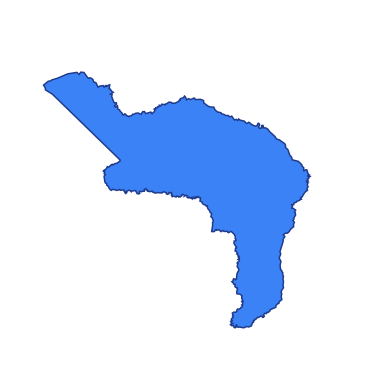 the district of San Alberto, Cesar, Colombia, rotated 256°
{"feature_id": "7082276B88825999787077", "entity_name": "San Alberto", "entity_type": "district", "adm_level": 2, "iso_a3": "COL", "parent_name": "Colombia", "parent_adm1": "Cesar", "projection": "albers", "projection_center": [-73.5, 7.834], "detail": "fine", "context": "isolated", "style": "filled", "palette": "blue", "viewbox_px": 384, "rotation_deg": 256, "n_neighbors": 0, "source": "geoboundaries", "source_scale": "gbopen_adm2", "svg_char_len": 6044}
<svg xmlns="http://www.w3.org/2000/svg" viewBox="0 0 384 384"><g transform="rotate(256 192 192)"><path d="M282.3,197.1L282.9,194.1L283.9,193.7L284.8,191.3L283.7,188.7L283.8,187.6L283.2,187.2L284.5,183.9L283.1,182.2L284.1,181.2L282.8,180.3L283.0,179.1L282.1,178.5L282.5,177.2L281.6,176.9L281.8,175.5L281.3,175.3L280.9,176.1L279.2,175.0L277.7,172.2L279.5,171.4L279.3,166.0L281.6,165.3L281.8,163.5L279.7,161.3L281.7,158.8L282.0,156.2L281.4,153.9L281.8,153.3L280.6,151.6L280.8,149.9L280.4,148.8L281.4,148.1L281.6,147.2L283.8,146.2L284.1,145.3L283.1,144.3L284.2,143.3L285.9,143.1L287.5,141.9L289.2,141.6L290.3,140.2L293.6,140.5L292.8,138.7L293.9,137.6L294.6,137.9L295.2,139.7L296.3,140.2L297.0,140.0L297.1,138.6L297.9,137.9L304.1,137.2L305.8,138.0L306.6,136.6L307.8,139.7L308.8,138.7L312.0,137.3L312.2,136.6L315.9,138.1L315.9,136.7L315.0,134.8L315.2,134.3L316.0,134.5L316.2,133.9L315.0,132.1L316.7,131.6L317.1,128.2L316.5,126.2L321.3,125.2L322.8,123.1L324.7,123.2L326.5,122.1L327.5,120.6L327.4,119.3L328.3,118.4L334.1,116.1L335.2,113.0L333.3,111.0L335.9,109.2L336.7,100.2L334.9,88.6L334.7,83.4L333.9,81.1L334.3,79.5L331.6,73.8L328.6,74.8L326.5,74.5L320.7,80.2L240.4,130.0L239.4,129.5L238.0,125.8L238.3,124.3L237.5,122.5L238.0,121.5L238.7,121.6L237.5,120.9L237.9,120.2L236.3,117.2L237.1,116.0L235.3,114.5L234.4,112.2L233.7,112.2L234.1,111.4L233.8,111.0L232.4,112.1L231.0,111.2L229.9,112.2L228.6,110.5L223.0,109.9L221.6,110.2L221.0,111.2L219.1,111.0L218.2,111.9L214.5,112.9L213.1,114.2L213.8,115.9L211.7,119.5L211.9,122.3L211.0,122.8L210.7,125.6L210.0,126.7L209.1,126.4L208.7,127.1L207.6,126.7L207.5,127.3L206.6,127.5L207.4,128.7L208.4,128.8L209.0,130.9L208.2,132.5L206.9,133.1L207.5,133.8L207.0,137.6L203.8,138.3L203.1,139.5L203.2,140.9L204.5,140.7L205.3,141.5L204.4,143.2L204.8,143.9L204.3,145.9L205.0,146.6L205.9,146.3L206.5,148.1L204.0,148.9L204.6,150.2L203.8,149.1L203.4,149.3L202.4,151.6L202.6,153.4L201.8,153.6L200.8,154.5L200.8,155.4L199.8,156.0L199.8,158.2L198.3,162.6L199.0,164.1L198.8,165.1L197.6,166.9L196.4,166.7L195.7,167.5L195.8,169.0L197.0,169.5L196.3,170.7L196.6,171.8L195.0,172.1L194.1,171.2L192.3,171.7L192.8,172.5L191.0,175.4L191.6,176.1L191.3,177.3L190.4,177.8L190.6,178.9L190.1,179.2L190.8,181.3L191.8,181.5L191.8,183.0L190.4,183.9L189.8,183.5L190.2,185.7L189.3,186.2L188.5,186.0L188.7,186.8L187.5,186.6L187.0,187.5L187.4,188.0L186.2,189.5L186.8,189.9L186.5,190.7L185.2,190.7L185.6,191.4L185.1,193.0L186.4,192.7L185.8,193.6L186.2,194.6L185.5,194.7L186.3,195.6L185.4,196.1L185.9,197.4L184.6,197.7L184.2,198.9L181.3,197.5L180.2,199.0L178.3,199.4L176.8,200.6L176.7,201.3L175.2,202.2L174.9,203.5L174.3,203.1L171.6,203.5L169.3,204.7L168.0,204.6L166.1,205.8L163.5,204.3L162.1,205.3L158.6,205.7L157.5,204.6L154.8,204.0L148.9,201.5L148.2,203.8L149.7,206.2L148.9,206.3L148.9,208.9L146.5,210.6L147.2,212.7L146.0,213.5L145.2,216.9L144.2,217.0L143.7,217.7L144.3,220.0L144.0,220.7L140.4,222.9L138.1,223.2L136.3,222.6L134.7,223.2L133.8,221.9L134.2,221.1L132.8,220.5L131.8,220.3L127.7,221.7L127.4,221.2L127.0,221.5L126.4,220.4L124.3,219.6L123.6,220.7L121.9,221.1L121.2,220.6L121.2,221.2L119.1,221.2L118.2,222.1L117.4,222.1L117.5,221.2L116.3,221.6L115.6,220.6L115.5,221.7L114.1,221.3L112.2,218.6L111.5,219.3L109.0,217.8L107.6,218.0L107.2,218.6L104.8,218.5L101.9,215.9L96.7,214.0L96.3,213.1L97.0,212.8L97.7,211.3L95.5,209.9L95.3,209.0L93.7,210.1L92.6,210.1L91.9,211.6L90.3,210.8L89.1,211.1L88.2,212.6L87.4,212.2L86.7,212.7L84.4,211.2L82.3,211.0L81.4,213.6L79.5,215.3L77.1,214.6L73.8,215.0L74.1,214.2L73.6,213.7L73.1,214.5L71.1,214.1L70.4,212.9L69.7,213.6L68.3,212.8L68.3,211.9L66.8,209.8L67.4,208.0L66.8,207.0L65.3,206.6L64.8,205.4L65.3,203.4L64.7,201.8L62.6,202.1L62.2,201.4L60.4,201.8L60.1,200.5L59.1,199.5L58.5,199.6L58.2,199.1L57.4,199.8L56.8,198.4L56.3,199.1L55.4,198.6L54.7,199.3L54.9,198.2L54.0,198.2L53.8,197.3L52.6,198.3L52.3,199.9L50.5,200.1L49.9,200.7L50.0,201.8L52.1,202.4L52.3,203.1L51.8,203.3L50.6,202.8L49.5,204.3L49.6,205.2L48.0,208.6L47.7,210.1L48.3,212.2L47.3,214.5L47.7,217.2L50.7,219.2L50.7,220.1L52.4,220.6L52.2,221.6L53.4,222.3L53.2,223.3L54.5,225.4L54.2,226.4L54.9,228.5L54.5,230.0L53.3,230.1L53.2,231.1L54.0,232.1L55.5,231.6L56.7,233.3L56.0,234.6L57.1,235.5L56.7,236.6L57.5,238.5L58.9,239.5L59.8,245.3L61.5,246.0L62.9,248.1L62.9,249.3L64.5,250.1L65.8,253.1L69.1,253.3L71.5,254.5L72.7,254.2L74.6,254.9L77.0,257.6L79.8,257.8L82.8,259.1L85.5,259.2L87.9,260.3L90.4,260.1L92.0,260.6L93.1,259.8L94.3,260.0L95.3,259.2L99.4,259.7L103.2,261.5L106.8,260.6L110.4,263.1L112.8,262.9L121.9,268.4L124.2,269.1L126.3,271.3L128.3,270.2L129.5,272.8L129.0,274.5L129.6,276.0L132.4,279.3L133.7,282.2L136.1,282.7L137.8,284.0L140.2,283.0L140.9,284.3L142.2,284.6L144.5,286.9L146.8,287.2L147.9,286.7L149.3,288.2L151.7,286.2L152.3,284.9L154.0,286.1L155.6,285.7L155.1,287.6L156.7,288.3L156.8,290.5L157.6,291.6L157.9,294.5L158.6,295.0L158.5,296.4L160.3,296.1L160.5,297.6L163.4,300.3L164.9,302.3L165.7,304.5L167.2,304.2L169.1,305.9L170.5,305.4L172.7,306.6L173.8,305.8L173.8,307.2L175.3,306.3L175.5,307.4L176.8,307.2L176.9,308.4L177.8,308.8L178.5,310.2L179.3,308.1L179.9,308.4L180.2,310.0L181.5,309.0L185.6,308.8L186.1,307.7L185.5,306.4L185.7,305.6L188.6,306.3L190.2,305.2L192.0,305.1L196.0,302.6L199.0,297.0L201.5,297.1L204.3,295.8L209.9,295.3L212.8,293.4L214.5,294.1L216.2,293.8L221.4,289.4L223.1,286.7L225.7,286.0L231.9,281.8L234.5,280.9L236.3,279.1L237.3,276.1L238.4,277.1L239.4,277.0L239.6,275.6L237.4,274.8L237.2,273.2L238.5,272.3L241.2,273.9L242.5,273.4L242.6,272.6L240.6,271.2L240.6,269.2L243.0,266.2L245.6,264.5L245.9,263.8L245.3,262.3L245.5,261.3L248.0,260.0L250.3,255.8L251.6,254.9L250.4,253.5L251.8,252.5L251.6,250.6L256.0,248.9L255.7,246.9L257.5,245.6L258.0,243.4L259.6,241.7L260.5,239.9L262.0,239.2L263.5,236.1L266.1,234.2L269.1,233.7L270.0,230.4L271.5,228.3L275.6,225.0L278.0,225.3L279.9,222.6L280.8,217.6L282.2,217.4L282.7,216.6L282.0,213.2L283.4,211.3L282.7,208.9L285.3,208.8L286.9,207.9L285.5,206.5L285.5,203.6L284.9,202.8L283.9,202.7L284.1,201.8L283.1,200.9L282.3,197.1Z" fill="#3b82f6" stroke="#1e3a8a" stroke-width="1.5"/></g></svg>